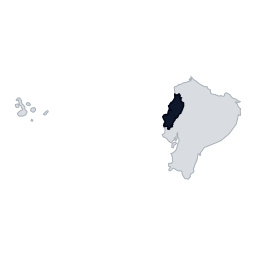 Manabi highlighted on a map of Ecuador
{"feature_id": "ECU-1282", "entity_name": "Manabi", "entity_type": "Province", "adm_level": 1, "iso_a3": "ECU", "parent_name": "Ecuador", "parent_adm1": "", "projection": "natural_earth1", "projection_center": [-80.093, -0.733], "detail": "fine", "context": "in_parent", "style": "filled", "palette": "ink", "viewbox_px": 256, "rotation_deg": 0, "n_neighbors": 0, "source": "natural_earth", "source_scale": "10m", "svg_char_len": 7071}
<svg xmlns="http://www.w3.org/2000/svg" viewBox="0 0 256 256"><path d="M240.2,101.6L239.4,102.2L237.5,102.4L236.1,101.9L235.5,101.9L235.4,102.4L237.3,103.9L238.2,106.4L239.6,108.0L240.5,108.7L240.5,109.3L240.2,110.3L240.2,111.1L240.6,115.0L240.3,115.3L239.3,115.3L238.5,114.6L236.2,124.2L229.1,133.8L221.0,140.6L211.6,144.6L204.8,147.3L203.7,148.3L200.3,153.1L200.2,153.6L200.6,154.4L200.7,155.0L200.2,155.3L199.7,155.3L199.6,155.1L199.4,154.5L199.0,153.9L198.4,153.7L198.1,153.9L198.1,154.4L197.4,157.0L197.4,158.3L197.1,158.8L197.1,159.9L196.4,161.0L195.9,162.7L195.3,163.3L194.6,166.0L193.5,168.6L193.4,169.6L193.8,170.2L193.9,170.7L193.4,172.4L191.0,174.0L190.4,174.8L190.1,175.7L190.3,176.5L190.2,177.1L189.5,177.3L188.7,178.9L188.1,179.2L186.6,178.7L185.4,178.7L184.6,178.2L182.9,175.6L182.2,174.1L182.0,172.0L180.4,170.7L178.2,171.0L177.5,170.5L175.9,169.7L174.5,168.7L173.5,168.2L172.7,168.4L171.4,170.1L170.1,170.8L169.6,170.8L168.8,170.3L168.7,169.7L170.6,166.8L169.2,166.7L168.7,166.1L168.6,165.4L168.4,164.6L168.7,163.6L169.4,163.1L170.5,163.5L171.2,163.5L171.7,162.7L172.7,162.0L172.9,161.5L172.4,160.1L172.3,159.3L172.4,158.9L172.4,157.3L172.1,156.7L172.0,155.9L171.8,155.4L171.7,154.3L170.9,153.7L173.2,152.7L174.0,151.9L175.0,151.2L175.9,150.1L176.5,149.0L177.8,144.0L179.1,140.9L178.9,139.4L177.8,137.4L177.6,134.4L177.7,133.4L177.6,132.8L176.9,134.0L177.0,138.4L176.4,140.4L175.6,140.9L175.0,140.5L175.3,137.3L174.7,137.9L173.7,140.1L172.0,141.7L171.9,142.2L171.5,142.9L170.2,142.3L169.2,141.6L166.0,138.0L163.9,137.2L162.6,136.0L162.3,135.4L162.2,134.7L163.5,133.9L164.8,132.9L165.0,130.6L164.9,128.9L163.9,125.8L164.4,121.9L164.1,120.3L163.0,117.1L163.9,115.4L166.8,114.2L167.8,113.4L168.5,110.8L169.2,109.2L170.5,109.8L171.5,109.8L170.1,109.2L169.0,106.8L168.8,105.8L171.0,102.5L172.2,101.7L173.6,100.0L174.8,97.4L175.1,93.4L174.6,90.5L174.2,87.4L174.9,86.7L176.7,86.2L178.2,85.3L179.0,84.3L180.7,84.5L182.7,83.1L186.0,82.4L190.5,80.8L191.5,79.3L191.1,76.8L192.7,78.3L193.5,79.5L195.8,80.9L198.6,83.3L200.4,84.5L202.4,85.6L205.2,86.8L207.0,86.6L207.7,88.4L208.3,89.0L210.0,89.6L210.2,89.8L210.8,93.2L211.2,93.7L212.6,94.2L214.3,94.4L215.0,94.3L216.6,95.2L218.9,96.0L219.8,96.1L220.2,95.9L220.3,95.6L221.0,95.7L222.1,96.1L223.5,96.2L224.5,95.8L224.7,93.9L225.0,93.5L226.1,92.8L226.6,92.9L229.4,94.4L230.0,94.9L230.7,96.0L232.0,97.5L233.4,98.5L235.6,98.9L237.7,100.5L240.2,101.6ZM20.6,99.5L21.5,100.5L21.9,103.5L24.7,106.5L25.0,108.3L24.8,109.1L24.9,109.4L26.2,110.6L27.1,111.9L25.6,114.9L22.6,116.1L19.2,116.1L18.6,115.7L17.7,114.6L17.5,113.6L18.1,112.6L19.8,111.1L22.4,109.8L22.7,108.8L21.6,107.8L20.9,105.9L19.3,104.5L18.5,100.3L17.9,100.1L16.8,100.7L16.2,100.1L16.1,99.9L17.4,98.9L17.6,98.2L19.4,97.9L20.1,98.5L20.6,99.5ZM33.5,112.2L32.8,112.2L30.6,110.7L30.8,109.2L31.6,108.1L34.4,107.6L35.5,108.6L35.4,110.4L34.5,111.7L33.7,111.9L33.5,112.2ZM173.6,147.1L173.3,147.8L172.0,147.7L171.7,147.5L172.0,144.6L172.3,143.7L173.4,142.8L174.3,142.3L175.4,142.4L176.7,143.2L175.2,144.7L174.1,145.1L173.6,147.1ZM18.5,107.2L17.1,107.5L16.0,107.0L15.5,106.1L15.4,104.9L15.5,104.4L18.0,104.0L18.9,105.0L18.9,106.6L18.5,107.2ZM46.1,114.4L44.4,115.0L43.5,114.4L43.5,114.0L44.3,113.1L45.2,112.5L46.0,111.4L47.4,110.7L47.9,110.9L48.1,111.1L48.2,111.5L47.8,112.4L46.9,113.0L46.1,114.4ZM30.2,105.2L29.6,105.7L27.0,105.1L26.2,104.2L26.8,103.0L27.4,102.5L28.9,102.9L30.5,104.3L30.2,105.2ZM32.3,121.2L31.7,121.2L31.0,120.6L31.5,119.3L32.6,120.0L32.9,120.4L32.3,121.2ZM190.4,80.0L189.6,80.1L189.3,79.4L190.2,78.5L190.5,78.3L190.4,80.0Z" fill="#d9dde1" stroke="#a8b0b8" stroke-width="1"/><path d="M164.2,126.6L163.9,125.9L163.7,125.6L163.7,125.4L163.7,125.1L164.2,124.6L164.1,124.2L164.1,123.7L164.3,123.6L164.4,123.4L164.6,123.4L164.8,123.4L164.9,123.2L164.9,122.7L165.0,122.4L164.9,122.0L165.0,121.8L165.2,121.6L165.2,121.3L164.8,120.6L164.0,119.5L163.3,118.1L163.0,117.3L162.8,116.8L162.9,116.5L163.1,116.3L163.3,116.1L163.5,115.9L163.7,115.6L163.8,115.4L164.0,115.2L164.2,114.9L164.4,115.0L164.6,115.0L164.8,114.9L165.0,114.8L165.3,114.8L165.5,114.7L165.5,114.8L165.7,115.0L165.9,115.0L166.1,114.8L166.3,114.6L166.6,114.8L166.9,114.9L167.3,114.7L167.6,114.4L167.9,114.0L168.1,113.0L168.1,112.7L168.3,111.7L168.6,110.9L168.9,110.2L169.1,109.7L169.4,109.5L169.6,109.4L169.6,109.9L169.8,110.2L170.2,110.4L170.6,110.4L171.3,110.4L171.3,110.2L170.9,110.1L170.5,110.0L170.2,110.0L170.0,109.9L169.9,109.4L169.7,109.0L169.5,108.9L169.4,108.8L169.4,108.4L169.2,107.9L169.2,107.5L169.0,107.0L168.8,106.6L168.6,106.0L168.7,105.7L169.0,105.7L169.5,105.3L169.9,104.6L170.0,104.3L170.1,104.1L170.2,103.7L170.3,103.5L170.6,103.3L170.8,103.0L171.0,102.7L171.2,102.9L171.5,102.8L171.8,102.5L172.2,102.1L173.0,101.1L173.7,100.1L173.9,99.8L174.0,99.5L174.0,99.3L174.1,99.2L174.5,99.1L174.7,98.5L174.8,98.0L174.9,97.1L174.9,96.7L174.8,96.1L174.7,94.9L174.9,94.4L174.9,94.2L175.1,94.3L175.2,94.5L175.2,94.8L175.3,94.8L175.4,94.6L175.4,94.4L175.8,95.4L175.9,95.7L176.0,95.7L176.1,95.8L176.3,95.8L176.5,95.7L176.7,95.4L176.8,95.3L176.8,95.1L176.9,94.9L177.0,94.8L177.5,94.9L178.0,94.8L178.1,94.7L178.4,94.5L178.6,94.2L178.8,94.0L179.0,94.0L179.3,94.0L179.5,94.3L179.6,94.5L179.4,94.7L179.3,94.8L179.3,95.0L180.1,95.7L180.2,95.8L180.1,96.0L179.9,96.2L179.8,96.3L179.5,96.8L179.5,97.0L179.8,97.2L180.0,97.1L180.2,97.5L180.3,97.6L180.5,97.5L181.0,97.9L181.1,98.0L181.3,98.0L181.0,98.6L180.9,98.6L180.9,98.8L180.9,99.0L180.7,99.0L180.6,99.3L180.7,99.5L181.0,100.1L180.9,100.3L180.8,100.6L180.9,100.9L180.9,101.1L181.0,101.2L181.3,101.4L181.5,101.5L182.0,102.1L182.3,102.5L182.9,102.7L183.0,102.7L183.3,102.7L183.4,102.8L183.5,102.9L183.5,103.2L183.6,106.0L183.4,106.5L183.0,107.3L183.0,107.6L182.9,107.7L182.8,108.2L182.5,108.6L182.4,109.3L182.2,109.6L181.9,110.3L181.8,110.9L181.7,111.0L181.3,111.2L181.2,111.4L181.1,111.7L180.9,112.8L180.6,113.4L179.7,113.6L179.4,113.8L179.2,113.9L178.7,114.8L178.6,115.1L178.5,115.3L178.3,115.4L178.2,115.5L178.2,115.8L178.2,116.0L178.0,116.3L177.8,116.6L177.6,117.0L177.4,117.2L176.7,117.9L176.5,118.0L176.3,118.1L176.1,118.0L175.8,118.0L175.7,118.0L175.7,117.9L175.8,117.8L175.8,117.7L175.7,117.6L175.5,117.8L175.4,118.1L175.3,118.4L175.2,118.8L175.1,119.3L174.8,120.1L174.7,120.3L174.2,120.8L173.9,121.0L173.7,121.1L173.6,121.3L173.6,121.7L173.6,122.0L173.2,122.3L172.9,122.5L172.7,122.8L172.6,123.3L172.7,123.6L172.7,123.8L172.9,124.1L172.8,124.3L172.4,124.7L171.5,124.8L171.6,125.1L171.7,125.3L171.9,125.4L172.0,125.5L172.3,125.6L172.3,125.8L172.3,126.0L172.4,126.5L172.2,126.7L171.6,126.6L171.5,126.8L171.4,126.9L171.2,126.8L171.1,126.7L170.9,126.7L170.8,126.8L170.6,127.1L170.4,127.3L170.2,127.4L170.1,127.5L169.9,127.8L169.8,128.0L169.7,128.2L169.6,128.3L169.5,128.5L169.5,128.8L169.5,129.0L169.4,129.1L168.9,129.2L168.3,129.2L168.0,129.1L167.8,129.0L167.7,128.8L167.7,128.6L167.7,128.3L167.8,128.2L167.9,127.9L168.0,127.4L168.0,127.2L167.9,127.1L167.7,126.9L167.7,126.7L167.7,126.4L167.1,126.2L166.8,126.2L166.3,126.4L166.1,126.5L165.1,126.4L164.9,126.5L164.5,126.5L164.2,126.6L164.2,126.6Z" fill="#0f172a" stroke="#020617" stroke-width="1.5"/></svg>